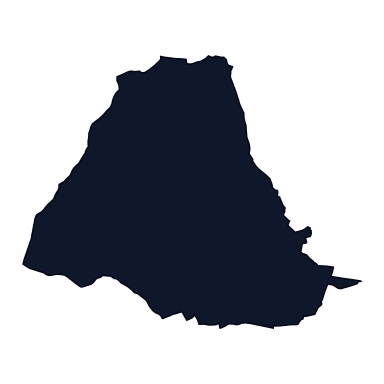 the district of Diosig, Bihor, Romania
{"feature_id": "2599482B5279611201513", "entity_name": "Diosig", "entity_type": "district", "adm_level": 2, "iso_a3": "ROU", "parent_name": "Romania", "parent_adm1": "Bihor", "projection": "equal_earth", "projection_center": [21.983, 47.326], "detail": "fine", "context": "isolated", "style": "filled", "palette": "ink", "viewbox_px": 384, "rotation_deg": 0, "n_neighbors": 0, "source": "geoboundaries", "source_scale": "gbopen_adm2", "svg_char_len": 5893}
<svg xmlns="http://www.w3.org/2000/svg" viewBox="0 0 384 384"><path d="M342.7,288.2L343.5,287.8L344.2,287.7L346.4,287.0L347.4,286.8L354.2,284.7L356.0,284.0L357.0,283.7L357.8,282.4L358.3,281.6L358.6,281.4L359.0,281.4L360.1,281.5L361.0,281.4L360.7,281.0L351.1,279.5L341.1,278.1L330.8,276.4L332.4,271.9L333.1,268.6L333.4,267.2L326.8,266.2L319.3,265.8L317.9,266.0L316.5,263.8L315.8,263.5L315.0,262.9L314.9,262.8L314.7,262.8L314.0,262.8L313.8,262.7L313.6,262.6L313.6,262.4L313.5,262.2L313.5,261.8L313.4,261.5L312.4,260.7L311.6,260.1L311.3,259.7L309.8,258.7L309.1,257.9L307.6,256.1L306.8,255.3L306.4,254.9L305.3,254.6L305.0,254.4L304.4,254.0L304.1,254.2L303.6,253.9L302.6,253.8L302.1,253.3L300.2,251.2L300.7,251.0L301.0,250.6L301.2,249.6L301.7,246.8L302.3,243.3L303.6,243.5L304.9,243.3L306.6,242.6L306.5,241.9L306.0,239.6L305.5,238.5L305.2,237.9L307.4,237.0L308.1,236.8L309.4,236.6L310.3,236.5L310.4,236.0L310.8,235.4L310.9,235.0L311.0,234.7L311.0,233.9L311.3,233.3L311.3,232.7L311.0,231.5L311.0,231.1L311.2,230.7L310.4,230.2L310.0,227.8L307.7,226.9L304.2,229.5L302.0,230.5L300.0,231.1L295.1,232.3L288.9,226.4L287.8,225.1L289.6,220.9L288.6,220.5L285.6,217.5L283.4,215.5L283.6,214.2L284.1,212.6L284.7,211.8L284.7,210.0L284.6,208.9L285.1,208.3L285.0,207.8L283.8,206.6L283.3,206.0L282.3,203.8L281.0,200.8L279.6,197.2L277.4,196.0L277.1,195.7L277.1,195.2L277.8,192.9L277.8,192.0L277.5,191.1L277.0,190.4L275.5,190.3L275.0,190.1L272.7,187.8L272.3,187.1L272.0,184.7L270.0,179.1L269.7,178.7L266.7,175.7L259.2,169.5L256.6,167.0L255.2,165.1L252.5,160.8L252.7,159.7L252.5,159.0L249.1,153.8L249.8,148.7L249.2,144.1L246.8,137.3L245.8,124.8L245.1,123.2L244.4,120.2L244.0,118.2L243.8,116.0L243.8,113.1L240.8,106.9L239.2,103.0L238.8,101.1L235.8,91.8L232.9,83.9L230.5,77.7L230.3,75.2L230.7,73.3L230.6,71.7L230.6,71.3L231.8,68.7L232.5,66.7L231.4,66.5L230.0,65.8L229.2,65.6L228.2,65.0L227.3,64.1L226.7,61.9L226.2,59.6L223.9,57.4L220.6,57.2L215.6,56.1L213.0,57.4L210.9,57.0L208.5,55.9L205.2,59.0L202.7,60.2L201.9,60.8L201.2,61.1L199.1,61.7L196.5,62.2L192.9,63.7L190.4,64.1L189.0,64.0L186.6,63.7L186.4,61.3L186.0,59.3L182.7,59.0L179.0,58.8L174.0,58.5L168.7,57.8L164.5,57.3L160.7,56.5L160.8,58.6L159.9,60.6L158.1,62.2L156.6,63.6L154.6,65.5L151.0,68.4L150.2,69.1L146.2,71.7L144.5,72.7L143.7,72.7L141.3,72.8L140.6,72.1L139.6,71.2L134.9,71.7L132.2,71.3L129.9,71.3L128.2,71.9L127.0,72.3L126.1,72.8L123.8,73.9L120.7,75.2L118.8,76.1L117.7,76.5L117.1,76.7L117.0,80.6L118.9,84.8L119.5,89.6L117.3,91.7L115.9,93.3L114.3,96.0L113.3,98.6L112.4,101.6L112.3,102.3L111.9,104.2L110.1,107.6L107.2,110.4L105.3,112.6L103.4,114.8L101.4,116.7L98.5,119.2L95.3,121.6L92.3,124.0L90.6,127.8L90.6,128.3L89.0,133.1L88.8,137.1L88.1,141.6L88.2,143.9L88.3,146.8L86.9,148.6L85.6,151.3L85.1,153.4L83.5,155.5L81.5,158.9L79.9,161.6L79.4,162.7L77.9,164.3L76.6,165.3L73.8,168.1L71.9,171.4L71.0,173.8L70.6,174.7L69.5,176.1L67.1,178.3L65.3,180.3L64.3,181.3L62.9,182.4L59.1,184.4L59.0,187.2L58.6,189.3L58.0,190.6L56.8,192.2L55.3,194.9L54.6,196.6L53.9,198.7L52.4,200.4L50.4,202.2L48.2,204.2L46.5,206.2L45.2,207.7L43.5,210.2L41.7,211.8L38.6,213.6L36.6,214.9L35.1,218.5L34.7,220.5L34.3,222.9L33.7,226.1L33.3,227.8L32.9,230.3L31.9,235.4L31.2,239.3L30.6,240.9L29.5,243.9L28.9,245.9L27.2,250.8L25.5,255.8L24.1,259.7L24.0,260.4L23.5,262.3L23.6,262.9L23.0,264.0L24.0,264.7L28.4,267.6L29.7,268.3L32.6,269.2L36.5,270.5L38.3,271.1L41.4,272.0L43.1,272.5L43.5,272.6L43.9,272.7L44.4,273.2L46.0,274.4L46.4,274.6L47.8,275.1L48.7,275.3L49.7,275.4L51.3,275.2L53.5,274.8L55.9,274.3L56.3,274.3L57.8,274.3L61.4,274.5L63.9,275.0L65.2,275.4L66.0,275.9L67.1,276.5L68.3,277.5L69.5,278.5L71.4,279.9L73.7,281.8L76.4,283.8L79.0,285.7L80.3,286.6L80.8,286.8L81.3,287.0L82.0,287.0L83.5,286.5L87.7,285.2L90.8,284.2L91.9,283.6L93.6,282.1L95.4,279.8L96.2,278.8L96.8,278.4L98.7,277.8L100.4,277.2L101.0,276.9L101.5,276.4L102.1,275.8L102.5,275.4L106.6,275.8L110.8,276.1L114.0,278.4L117.1,279.0L119.0,280.6L121.3,283.0L124.3,284.6L127.8,286.6L130.1,288.5L132.7,290.7L134.2,292.5L136.5,293.2L138.1,293.8L139.1,294.5L140.1,295.5L141.3,296.4L141.9,296.7L142.8,297.5L143.8,298.3L145.5,299.6L146.3,300.6L146.8,301.3L147.5,302.3L149.0,305.4L150.2,307.2L152.2,309.7L153.4,311.1L156.1,313.0L159.0,314.0L161.1,316.2L161.4,316.5L162.3,318.4L163.0,318.3L163.6,318.2L164.2,317.9L167.4,316.6L169.9,315.7L172.5,314.4L173.0,314.2L175.3,313.7L176.4,313.4L178.3,312.8L178.7,312.7L181.7,311.7L182.6,312.9L184.0,315.2L184.4,316.1L185.3,317.6L186.8,320.2L187.5,319.9L188.0,319.7L188.7,319.4L190.5,318.5L192.4,317.6L194.3,314.7L194.4,314.8L194.8,315.6L195.2,316.2L195.6,316.5L196.3,317.5L196.9,318.5L197.5,319.5L199.0,324.0L199.1,324.3L201.2,324.2L201.9,324.1L202.7,324.1L203.9,324.2L204.5,324.2L204.8,324.2L205.1,324.3L205.5,324.3L206.2,324.5L207.1,324.7L208.4,324.9L208.8,324.9L209.4,325.0L210.4,325.0L211.4,325.0L211.6,325.0L211.9,324.9L212.2,324.9L213.7,324.8L215.3,324.7L216.2,324.6L216.5,324.5L217.2,324.1L217.9,323.6L218.9,322.9L219.1,323.7L219.9,328.0L220.2,328.1L221.3,327.8L222.9,327.0L223.5,326.7L224.4,326.4L224.8,326.2L226.6,325.1L226.9,324.7L227.2,324.5L227.6,324.3L228.4,324.0L229.2,323.9L229.6,323.8L231.4,323.9L232.3,323.9L233.3,323.9L234.2,324.2L235.2,324.4L236.5,324.7L238.1,324.5L238.7,324.3L239.9,323.9L241.2,323.2L243.6,323.0L243.7,322.6L250.4,323.4L273.2,328.1L273.4,326.0L276.9,325.9L279.8,325.8L282.8,325.5L286.0,325.2L289.1,324.8L293.6,324.5L295.5,324.6L296.4,324.6L297.4,324.4L298.0,324.0L298.5,323.5L299.2,321.7L299.2,321.1L299.6,321.4L299.9,321.1L300.1,321.0L300.4,320.2L300.8,320.0L301.6,319.1L302.5,319.1L303.0,318.8L303.2,316.6L306.8,316.1L314.7,314.3L315.9,311.8L316.7,310.6L317.0,309.4L317.4,308.8L318.1,307.4L319.4,306.5L321.3,304.8L321.7,304.0L321.3,302.2L321.4,301.2L322.3,299.5L323.3,296.4L323.7,295.1L324.3,293.1L325.1,290.7L326.6,286.8L327.7,283.9L333.0,285.0L338.1,288.2L340.5,288.6L341.2,288.6L341.5,288.5L342.7,288.2Z" fill="#0f172a" stroke="#020617" stroke-width="1.5"/></svg>